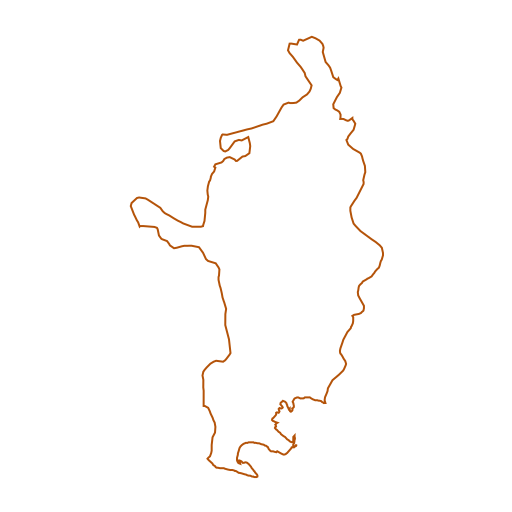 the district of Abshaway, Al Fayyum, Egypt, rotated 182°
{"feature_id": "37247803B9213477235230", "entity_name": "Abshaway", "entity_type": "district", "adm_level": 2, "iso_a3": "EGY", "parent_name": "Egypt", "parent_adm1": "Al Fayyum", "projection": "equal_earth", "projection_center": [30.701, 29.374], "detail": "fine", "context": "isolated", "style": "outline", "palette": "amber", "viewbox_px": 512, "rotation_deg": 182, "n_neighbors": 0, "source": "geoboundaries", "source_scale": "gbopen_adm2", "svg_char_len": 6007}
<svg xmlns="http://www.w3.org/2000/svg" viewBox="0 0 512 512"><g transform="rotate(182 256 256)"><path d="M297.4,51.7L296.1,50.3L292.3,47.1L291.5,45.7L289.4,44.4L288.9,43.5L287.7,43.0L286.9,43.1L284.8,42.7L280.7,42.8L279.9,42.4L276.6,41.6L274.1,41.2L272.1,41.3L270.4,40.9L269.6,40.4L268.8,40.5L267.1,39.6L265.8,38.7L265.0,38.7L262.9,38.3L260.0,37.5L258.0,37.1L257.2,36.6L255.5,36.2L254.3,36.3L253.0,35.8L252.2,35.4L251.0,35.5L250.1,35.0L247.7,35.1L246.9,35.6L246.9,36.6L247.3,37.5L249.5,39.8L249.9,40.7L250.7,41.2L251.2,42.1L252.9,43.9L253.7,45.3L256.3,48.1L257.1,48.5L257.5,49.0L258.8,49.4L259.6,49.4L260.8,48.9L262.0,48.8L263.3,50.2L264.1,50.6L265.4,51.1L266.2,51.0L265.8,49.6L264.9,49.2L264.5,47.8L265.7,48.2L266.5,48.6L267.4,50.0L267.9,51.4L267.9,53.8L267.2,56.7L267.2,58.1L266.5,60.5L265.8,63.4L265.0,64.9L263.8,66.3L262.6,67.3L261.8,67.9L260.6,68.4L259.8,68.9L258.1,68.9L256.9,69.5L252.0,69.7L251.2,69.2L249.9,69.3L247.9,68.9L246.2,68.9L244.2,68.1L241.7,67.7L240.4,66.8L239.6,66.8L238.8,66.4L238.4,65.9L237.5,65.5L236.6,63.6L234.9,61.8L234.1,61.3L232.1,61.4L230.8,61.0L228.8,60.6L228.0,61.6L223.8,59.4L222.6,58.9L221.7,58.5L220.5,58.6L219.3,59.1L218.9,59.6L218.1,60.1L214.1,65.0L213.7,66.0L211.3,66.1L210.4,67.0L209.3,67.6L208.9,69.0L209.7,68.0L210.6,67.1L211.7,67.0L212.2,67.4L212.2,68.9L211.4,70.3L211.1,72.3L211.1,73.2L210.7,74.6L210.8,75.6L211.2,77.0L211.2,77.9L212.4,76.5L212.3,72.7L212.7,71.2L213.9,71.2L215.2,71.6L216.4,72.5L216.8,73.0L218.5,73.9L220.6,76.1L222.3,77.0L224.8,78.8L225.7,80.2L227.3,81.1L229.0,82.9L229.9,83.4L231.1,84.8L230.8,85.7L230.0,86.2L230.4,87.7L230.8,88.1L229.6,89.6L228.8,90.1L231.3,90.9L232.2,91.4L233.4,91.8L234.3,92.7L233.9,94.2L233.1,94.7L230.7,97.6L230.3,98.5L230.4,100.0L229.6,100.5L227.9,100.1L227.5,100.6L227.1,101.6L227.6,102.5L228.0,103.9L227.2,104.9L226.0,104.5L225.2,104.5L224.4,105.0L224.0,105.5L224.4,106.4L226.5,108.7L226.2,110.2L225.0,111.2L224.1,112.2L221.7,111.3L220.4,109.9L220.0,108.5L219.6,108.1L219.5,107.1L218.7,105.7L217.8,103.9L217.0,104.8L216.9,103.4L216.5,102.0L215.7,101.6L214.5,102.6L214.1,103.5L214.5,104.9L213.7,105.4L212.9,106.4L213.0,107.9L213.4,109.3L213.5,110.2L213.9,110.7L214.3,111.6L212.8,114.5L212.4,115.0L210.0,116.1L208.7,116.1L207.9,115.7L206.6,115.2L203.4,115.4L202.2,116.4L197.3,116.6L196.0,115.7L194.3,114.8L191.8,113.9L189.8,114.0L188.5,113.6L187.3,113.6L185.7,113.2L184.8,112.3L183.6,111.9L183.2,111.4L181.5,111.5L182.4,114.3L182.1,117.2L180.6,121.1L179.8,123.5L179.5,126.3L175.2,134.6L168.9,140.3L164.9,144.5L164.1,146.0L162.6,149.8L162.2,151.3L163.1,154.1L164.8,156.4L166.2,158.8L167.4,160.6L168.3,161.5L168.7,162.9L168.8,164.4L168.4,166.7L166.6,172.5L165.8,175.4L162.0,183.2L158.8,187.1L158.5,188.6L158.1,189.1L156.9,192.0L156.6,194.4L156.7,198.2L157.6,199.5L156.0,200.6L151.1,201.7L149.1,202.7L148.3,203.7L147.1,204.7L146.7,205.2L146.3,207.6L146.4,210.0L150.7,217.0L152.5,220.2L153.0,223.5L152.6,225.4L152.3,228.3L151.9,229.8L150.8,231.2L149.2,232.7L148.4,234.2L144.4,236.7L144.0,237.2L142.8,237.7L139.8,239.6L138.4,241.7L137.2,243.2L136.4,244.7L134.4,247.1L132.8,248.6L132.1,250.6L131.4,254.0L131.0,255.4L130.2,256.8L129.1,261.1L129.2,263.5L130.5,268.6L132.7,271.0L136.9,274.2L141.1,276.8L152.4,284.5L157.5,289.5L159.6,291.8L161.8,297.9L163.3,304.5L163.4,307.8L163.0,308.8L159.5,314.7L157.5,317.6L151.0,331.7L151.0,333.6L151.5,335.5L150.4,341.2L149.7,343.6L150.3,349.8L152.1,354.5L153.0,357.3L153.5,359.2L154.8,362.0L156.0,362.9L162.7,366.4L167.7,370.5L169.7,375.1L168.7,376.2L168.0,378.6L165.6,382.0L162.9,385.5L161.8,389.8L161.4,391.7L163.2,394.5L164.4,395.9L164.5,397.3L167.7,394.8L168.9,394.3L170.5,394.7L173.4,396.0L176.6,395.9L176.4,397.3L176.4,400.2L177.8,403.0L179.8,404.3L181.9,405.2L183.6,406.5L184.1,410.3L180.7,417.6L177.9,422.0L176.5,427.3L177.3,428.7L179.9,436.3L180.8,434.7L182.4,435.6L185.0,437.4L187.2,443.5L188.5,446.8L190.2,449.1L193.2,452.3L196.4,462.2L195.7,466.5L196.2,468.4L197.0,470.3L200.0,473.5L204.2,475.7L207.9,477.0L216.4,472.8L218.9,473.7L220.5,473.6L222.4,468.8L228.1,469.5L229.8,469.4L231.2,462.7L229.5,459.9L226.1,456.3L221.8,450.7L218.0,446.6L216.3,444.3L213.7,440.6L212.8,437.3L206.4,428.5L207.1,425.1L208.3,422.2L210.7,419.2L215.0,416.2L218.2,412.8L221.0,410.7L223.9,410.2L227.2,410.0L228.8,410.4L233.7,408.3L235.6,405.4L240.3,396.2L243.4,391.3L249.9,388.6L253.9,387.5L264.9,383.3L269.3,382.2L289.2,376.1L293.6,376.3L294.1,375.9L295.3,373.0L296.0,369.7L295.0,362.6L292.0,359.8L290.4,359.4L287.5,361.0L286.0,362.9L281.3,369.8L277.2,371.4L274.3,371.0L267.9,374.6L266.1,368.5L265.6,365.6L266.2,358.5L270.2,355.5L273.0,354.9L278.2,350.4L279.4,350.3L280.7,351.7L285.7,353.9L288.5,353.3L291.0,351.8L292.1,349.8L293.7,348.3L299.8,346.2L301.0,343.8L299.7,342.9L300.8,339.0L302.8,336.5L303.9,333.6L303.9,332.7L304.6,329.8L305.4,328.8L306.5,324.0L306.9,319.7L306.4,315.9L305.8,313.6L306.1,310.2L308.3,300.6L308.2,297.3L308.7,289.2L309.8,285.3L310.0,284.0L312.2,283.3L320.8,283.0L329.9,286.0L332.4,287.3L335.4,288.6L339.5,290.8L344.1,293.5L347.0,294.8L348.7,295.7L350.8,297.5L353.3,300.8L365.9,308.4L368.4,309.7L374.9,310.4L377.0,309.8L382.2,304.6L382.9,301.5L379.3,293.1L378.5,291.7L376.3,287.5L375.0,285.6L373.3,281.4L372.9,281.9L370.0,282.0L358.5,281.5L356.0,280.7L355.2,279.3L353.7,273.1L351.2,269.9L350.4,269.5L345.4,267.8L343.2,265.0L342.4,263.6L338.2,260.9L335.4,261.5L330.5,263.1L328.0,263.7L320.7,264.0L313.3,262.8L309.0,257.3L305.9,251.2L303.8,249.4L300.9,248.6L296.0,247.3L293.0,243.2L292.1,241.3L292.3,235.1L292.7,233.7L292.6,230.8L291.2,225.1L290.3,222.8L288.9,217.6L288.0,213.4L286.6,209.6L286.2,208.7L284.0,202.1L284.6,196.9L284.3,185.9L280.1,171.8L278.1,158.1L278.9,156.6L282.0,152.2L283.2,150.7L285.2,149.2L292.2,149.9L294.6,148.9L297.8,146.8L301.4,142.9L303.4,140.4L304.6,138.5L305.3,134.7L304.3,130.4L304.1,122.8L303.6,119.5L303.1,104.3L301.9,104.3L298.5,102.6L296.8,99.3L295.9,97.0L293.7,92.8L292.8,90.4L291.5,88.1L290.6,83.8L290.8,78.1L293.1,73.3L293.7,65.6L293.5,59.9L293.9,57.5L295.0,54.2L296.6,52.7L297.4,51.7Z" fill="none" stroke="#b45309" stroke-width="2"/></g></svg>